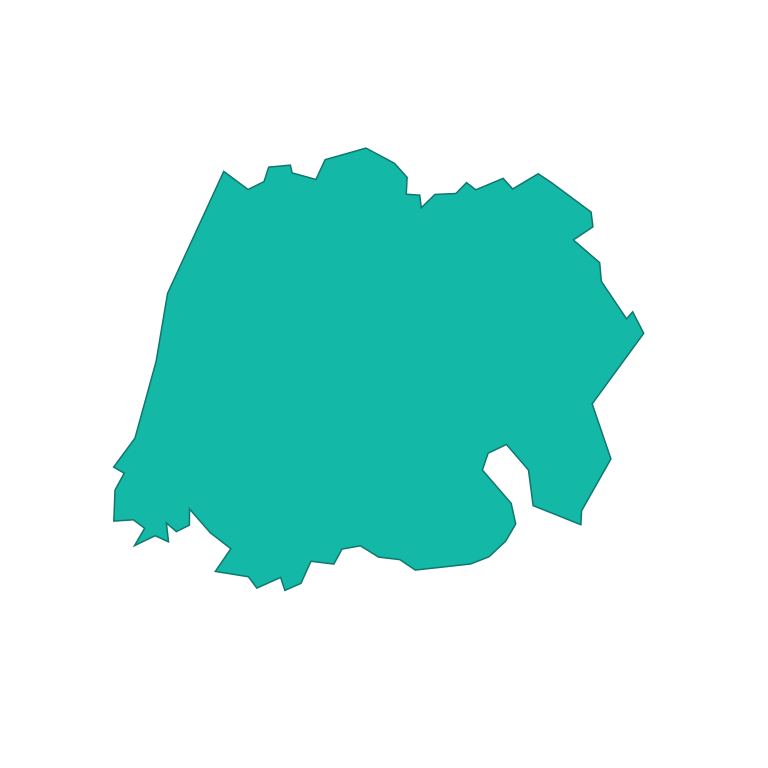 Muhlenberg, Kentucky, United States of America, rotated 117°
{"feature_id": "52423323B14041268945956", "entity_name": "Muhlenberg", "entity_type": "district", "adm_level": 2, "iso_a3": "USA", "parent_name": "United States of America", "parent_adm1": "Kentucky", "projection": "mercator", "projection_center": [-87.122, 37.228], "detail": "fine", "context": "isolated", "style": "filled", "palette": "teal", "viewbox_px": 768, "rotation_deg": 117, "n_neighbors": 0, "source": "geoboundaries", "source_scale": "gbopen_adm2", "svg_char_len": 1083}
<svg xmlns="http://www.w3.org/2000/svg" viewBox="0 0 768 768"><g transform="rotate(117 384 384)"><path d="M467.4,597.3L545.3,581.3L580.8,587.2L581.4,575.0L600.7,575.5L628.8,562.5L618.8,545.7L621.2,531.8L641.3,532.9L623.1,519.1L622.5,504.3L606.6,514.8L609.8,502.0L598.1,493.3L583.7,500.5L595.5,471.0L600.3,445.7L627.6,449.2L617.3,417.3L623.6,404.7L603.3,388.3L612.9,378.6L599.3,367.5L575.1,368.6L567.2,346.9L550.2,346.5L538.9,331.6L540.7,310.3L533.3,290.1L535.6,271.7L504.9,225.0L490.3,212.0L468.7,204.2L448.9,203.1L432.6,216.5L416.0,257.3L398.4,259.8L382.3,247.5L395.1,216.2L424.7,195.9L420.0,144.7L407.3,150.4L347.7,147.8L307.2,189.5L220.9,175.6L206.8,195.2L215.8,197.5L193.9,236.9L178.0,246.9L169.7,280.7L149.1,269.2L136.8,277.5L128.5,326.5L126.7,342.1L151.8,357.9L146.7,371.2L169.3,390.4L167.1,401.9L181.6,406.4L192.0,424.7L210.0,430.8L199.5,437.9L204.8,450.3L189.4,457.2L182.6,474.9L182.0,507.2L210.8,538.3L232.7,537.5L237.6,561.7L231.5,566.8L243.1,585.2L258.1,582.8L272.4,593.4L267.3,623.3L401.5,618.0L467.4,597.3Z" fill="#14b8a6" stroke="#0f766e" stroke-width="1.5"/></g></svg>